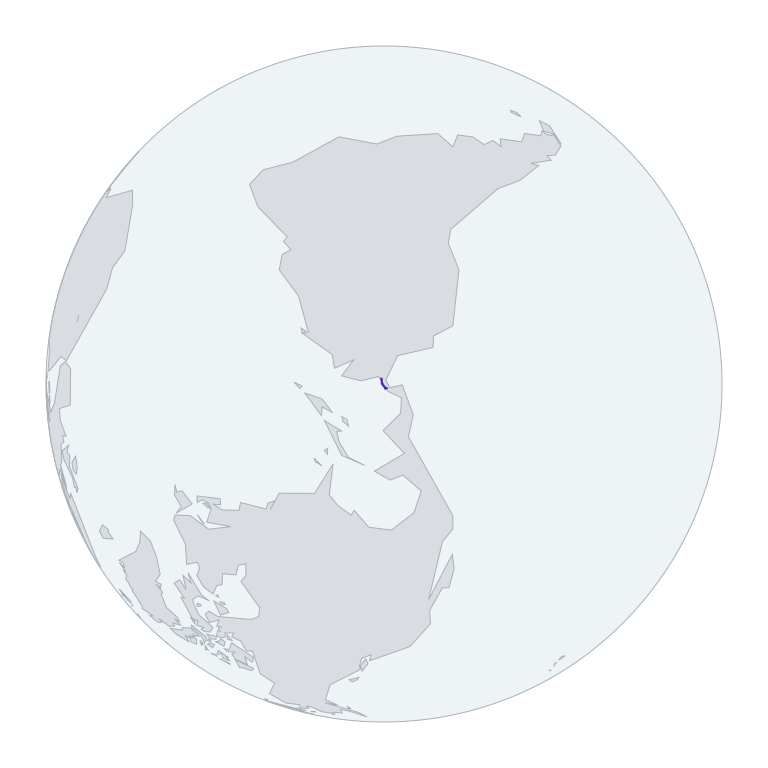 the Earth from above Kuna Yala, rotated 219°
{"feature_id": "PAN-1419", "entity_name": "Kuna Yala", "entity_type": "Indigenous Territory", "adm_level": 1, "iso_a3": "PAN", "parent_name": "Panama", "parent_adm1": "", "projection": "orthographic", "projection_center": [-78.371, 9.056], "detail": "medium", "context": "on_globe", "style": "filled", "palette": "violet", "viewbox_px": 768, "rotation_deg": 219, "n_neighbors": 0, "source": "natural_earth", "source_scale": "10m", "svg_char_len": 9160}
<svg xmlns="http://www.w3.org/2000/svg" viewBox="0 0 768 768"><g transform="rotate(219 384 384)"><circle cx="384" cy="384" r="338" fill="#eef3f6" stroke="#a8b0b8"/><path d="M385.1,388.3L377.1,384.7L369.3,394.8L341.8,378.4L331.9,358.4L247.7,325.0L239.2,314.7L239.4,298.3L213.6,244.5L223.7,294.5L213.2,284.5L205.3,266.5L210.4,262.3L206.0,236.7L197.0,226.9L198.6,196.3L221.1,159.8L223.6,165.5L228.7,157.0L225.9,149.8L222.8,147.3L236.6,116.4L230.8,101.8L218.0,105.3L229.4,99.1L197.8,112.5L187.7,114.6L205.9,107.6L212.9,103.6L209.4,102.0L215.9,97.7L217.9,94.9L225.9,90.3L235.9,87.8L241.3,85.1L238.5,84.3L244.8,80.0L248.1,81.4L259.4,74.4L278.3,71.3L280.7,82.8L297.8,80.9L318.0,93.6L322.9,90.0L333.6,94.0L343.2,91.7L344.2,95.7L351.0,90.6L348.2,87.5L350.3,84.4L355.7,83.1L358.0,87.6L355.6,88.9L359.0,89.6L357.8,92.6L361.5,90.4L363.6,96.7L369.5,88.8L377.9,92.5L377.1,97.2L366.7,98.8L339.1,117.3L335.0,124.4L339.8,131.9L370.9,140.5L370.8,148.3L378.3,157.2L383.2,151.4L379.0,142.5L390.0,134.9L383.6,126.1L387.1,122.1L384.7,113.2L396.4,112.7L409.0,117.4L411.5,125.2L417.1,127.9L423.9,119.6L437.4,134.5L461.7,145.9L464.0,150.6L452.0,159.7L428.8,160.8L413.2,176.8L434.8,165.1L440.1,178.7L445.8,180.8L452.2,179.9L454.6,174.4L458.9,179.3L439.1,191.7L435.0,187.3L441.3,183.1L430.4,184.3L417.2,194.5L420.9,201.6L396.9,212.7L399.3,218.3L395.4,224.5L393.2,214.5L396.7,233.2L369.1,255.3L373.3,290.0L356.8,263.4L343.3,260.6L327.1,261.4L327.5,267.0L305.7,263.1L286.3,275.2L279.7,302.9L287.7,324.3L311.9,325.1L318.9,313.0L336.6,310.4L324.4,342.9L355.4,347.2L352.6,371.7L361.7,384.2L377.0,380.7L392.9,386.4L404.0,371.9L422.0,363.7L422.8,383.5L432.4,365.1L442.7,374.3L478.2,372.1L475.6,376.7L505.7,398.6L537.3,406.8L544.6,420.7L540.9,429.8L551.7,431.5L551.8,437.4L593.6,442.4L614.0,454.4L612.7,474.4L594.3,499.3L574.5,547.8L540.6,565.9L529.9,584.7L499.9,612.4L479.7,611.7L483.4,623.9L470.4,631.9L456.7,633.1L452.7,641.7L442.4,642.2L448.1,647.6L429.5,658.8L432.4,667.2L418.3,675.6L420.6,680.2L416.0,680.1L410.7,682.0L409.6,684.5L396.4,680.4L394.8,669.7L401.1,664.0L395.0,663.1L408.6,648.0L401.3,651.2L406.5,627.8L418.4,607.5L429.4,546.3L422.8,534.0L397.5,519.8L367.1,472.5L375.8,452.6L368.9,443.3L391.3,414.6L385.1,388.3ZM72.1,286.9L74.5,279.2L74.4,284.3L72.1,286.9ZM75.2,274.5L74.5,277.1L74.9,274.8L75.2,274.5ZM74.9,272.8L75.1,274.0L74.6,273.4L74.9,272.8ZM74.2,271.5L74.7,271.9L74.5,272.1L74.2,271.5ZM371.8,301.9L407.2,318.1L387.4,320.7L391.1,317.4L382.1,310.6L365.4,304.6L347.9,308.6L371.8,301.9ZM74.2,267.3L74.3,266.0L75.0,265.5L74.2,267.3ZM386.9,282.2L380.8,281.1L386.7,280.8L386.9,282.2ZM220.3,147.1L225.1,150.3L225.3,158.9L220.5,156.6L220.3,147.1ZM221.0,132.6L225.0,132.2L218.9,140.1L218.5,137.8L221.0,132.6ZM207.4,109.5L210.1,110.2L205.3,111.1L207.4,109.5ZM216.7,95.4L213.9,96.7L216.2,94.8L216.7,95.4ZM378.5,114.2L381.5,113.8L380.4,115.6L378.5,114.2ZM374.6,111.1L371.1,113.7L368.7,112.6L370.9,111.0L374.6,111.1ZM230.5,86.2L235.0,83.2L232.2,85.7L230.5,86.2ZM379.5,108.3L364.9,110.4L360.8,108.7L365.8,101.4L379.5,108.3ZM238.7,81.2L249.4,75.0L244.0,77.1L265.2,68.7L249.1,76.1L246.5,78.6L243.9,78.9L238.7,81.2ZM345.0,87.1L348.2,90.3L340.6,89.0L345.0,87.1ZM339.6,87.1L313.2,89.4L311.2,84.7L320.4,84.5L313.8,80.1L325.9,76.6L332.2,78.2L331.1,81.8L336.5,77.9L339.6,87.1ZM275.2,65.6L279.2,64.1L276.9,65.2L275.2,65.6ZM350.5,83.1L345.4,83.7L343.3,79.5L353.2,77.7L350.7,79.5L350.5,83.1ZM306.2,81.0L306.4,78.0L316.2,74.2L317.6,72.7L326.0,76.1L306.2,81.0ZM353.9,79.8L358.3,77.0L364.2,77.9L355.4,82.4L353.9,79.8ZM338.5,79.3L338.0,77.4L341.5,77.8L338.5,79.3ZM387.7,80.9L381.6,80.9L379.9,78.6L387.7,80.9ZM359.6,75.9L357.5,75.6L356.2,74.9L360.2,73.4L359.6,75.9ZM332.3,73.5L336.3,72.8L329.4,71.8L336.4,69.5L340.7,72.4L341.8,70.2L344.0,69.5L345.1,72.8L332.3,73.5ZM360.3,69.9L368.2,73.7L380.0,73.7L381.8,75.6L362.5,75.4L360.3,69.9ZM351.3,71.2L357.3,70.7L356.5,72.9L351.8,74.7L351.3,71.2ZM339.7,67.0L327.7,69.8L327.2,69.1L339.7,67.0ZM363.9,69.3L361.9,68.4L364.8,69.0L363.9,69.3ZM347.3,67.0L343.2,68.0L342.6,67.2L347.3,67.0ZM361.4,66.2L364.0,67.3L360.9,68.4L361.4,66.2ZM355.1,66.2L355.4,64.9L358.3,68.1L353.3,66.7L355.1,66.2ZM347.5,66.1L345.9,65.9L349.3,65.9L347.5,66.1ZM371.5,62.0L375.9,65.8L369.1,67.9L365.8,63.8L371.5,62.0ZM417.9,688.9L397.2,682.0L409.1,685.2L418.7,681.0L429.0,686.3L417.9,688.9ZM445.6,677.8L456.0,675.1L458.0,676.3L451.3,678.5L445.6,677.8ZM639.1,162.3L633.8,156.5L619.8,144.0L626.7,151.2L640.4,163.9L640.1,163.8L649.5,175.3L642.1,166.6L625.3,152.5L628.1,161.9L647.2,194.8L645.6,200.7L637.2,198.7L614.6,170.2L620.7,160.7L612.8,152.1L598.2,143.2L601.3,141.6L596.1,137.3L597.2,134.0L585.5,121.0L584.5,117.6L567.2,105.3L564.4,102.4L575.4,110.1L582.6,114.4L578.7,108.2L574.2,104.9L563.3,97.9L563.6,97.8L553.5,91.9L547.3,88.2L567.7,100.4L587.1,113.9L605.5,128.8L622.9,145.0L639.1,162.3ZM545.4,87.1L546.9,88.5L534.1,82.0L522.1,76.0L518.3,74.5L537.8,84.7L545.3,88.7L551.2,91.5L571.9,104.8L576.0,108.7L555.6,97.2L559.2,102.1L541.7,92.3L499.6,68.4L488.5,63.2L493.5,64.3L508.6,69.9L508.8,70.0L545.4,87.1ZM273.5,64.6L270.2,65.8L270.9,65.7L276.7,63.7L265.2,68.7L244.0,77.1L243.5,76.9L230.6,83.2L231.2,82.6L273.5,64.6ZM720.8,411.7L721.4,393.1L721.3,367.8L720.2,359.1L719.3,364.5L717.2,354.3L715.8,355.8L701.4,376.4L692.1,365.1L669.1,324.3L668.2,303.8L659.3,283.2L645.4,202.0L652.3,202.2L652.4,183.1L654.2,184.0L664.8,199.4L671.9,207.1L683.7,227.8L693.9,249.2L702.6,271.4L709.7,294.0L715.2,317.1L719.1,340.6L721.3,364.2L721.9,388.0L720.8,411.7ZM661.6,239.2L664.7,245.4L661.6,239.2ZM479.3,371.7L483.7,375.4L478.1,375.8L479.3,371.7ZM384.9,328.8L392.3,329.1L396.2,332.1L390.5,333.2L384.9,328.8ZM446.6,327.5L455.0,328.9L446.4,330.8L446.6,327.5ZM412.7,320.1L439.9,327.1L423.1,333.4L405.9,329.3L417.7,327.3L412.7,320.1ZM383.8,293.6L388.5,294.9L387.2,298.5L383.8,293.6ZM391.2,282.2L389.4,282.5L387.1,279.7L391.2,282.2ZM441.3,177.9L443.0,177.1L449.6,177.3L446.8,179.7L441.3,177.9ZM477.1,166.0L483.1,174.3L476.9,169.6L474.1,173.9L457.6,170.1L464.3,152.9L464.2,161.0L477.1,166.0ZM437.3,161.7L447.1,165.1L436.1,162.1L437.3,161.7ZM566.4,120.2L571.1,121.3L577.1,126.6L578.2,133.8L569.6,125.8L566.4,120.2ZM576.3,121.9L555.7,110.0L554.2,106.1L558.5,110.1L559.6,108.7L566.9,115.0L585.5,124.0L592.0,129.5L590.6,138.0L587.5,131.7L583.1,130.6L576.3,121.9ZM505.9,95.7L497.0,93.0L505.2,87.4L512.6,90.8L514.2,97.3L506.4,97.4L505.9,95.7ZM391.1,96.2L387.2,97.3L386.6,95.8L389.4,93.6L391.1,96.2ZM385.0,81.1L407.7,90.6L404.4,92.1L421.8,97.2L419.6,103.3L408.5,99.6L419.8,108.8L408.9,107.9L417.6,114.0L392.9,105.1L383.5,105.5L394.8,102.5L397.0,96.6L395.1,94.2L382.8,88.1L363.7,87.2L362.9,82.1L367.3,78.8L371.8,78.2L370.9,81.5L377.5,78.5L379.7,82.9L385.0,81.1ZM420.1,56.6L417.3,58.4L430.8,57.4L433.1,59.9L434.5,59.7L440.3,62.1L449.8,64.9L449.3,66.1L453.3,66.7L457.2,68.7L462.4,70.2L463.3,73.2L469.8,75.4L466.5,75.6L477.4,78.8L469.7,77.9L474.1,81.0L479.2,80.3L471.5,97.7L474.2,107.4L480.6,116.4L466.5,114.9L451.5,106.1L438.1,95.2L437.5,86.7L431.3,88.2L429.2,84.8L435.0,85.1L424.8,82.7L424.6,80.2L412.6,73.4L397.9,72.7L393.2,70.7L398.9,69.7L390.2,68.5L397.6,65.5L394.4,64.2L398.5,60.5L411.3,60.2L406.7,58.9L409.6,56.6L420.1,56.6ZM373.1,60.9L387.8,58.9L396.3,59.6L385.6,65.9L387.5,67.5L380.9,72.7L368.8,71.8L371.8,70.3L371.8,68.7L375.6,69.6L372.7,67.7L376.7,65.8L375.5,64.0L380.6,63.7L373.1,60.9ZM649.8,177.3L650.0,176.8L648.8,174.7L654.7,182.4L649.8,177.3ZM638.8,167.7L638.0,165.8L645.8,174.6L645.6,175.5L638.8,167.7ZM630.9,157.9L637.3,165.1L633.7,161.7L630.9,157.9ZM574.0,108.4L572.4,106.6L574.8,108.1L578.8,111.1L574.0,108.4ZM460.8,57.9L457.8,57.9L455.7,57.3L444.7,55.9L442.1,54.5L447.8,54.7L460.8,57.9ZM456.1,56.1L451.9,55.6L453.3,55.2L456.1,56.1ZM439.7,53.4L440.2,52.8L440.5,54.1L439.7,53.4ZM391.4,46.2L389.1,46.1L388.3,46.1L391.4,46.2ZM425.9,49.2L431.5,49.9L430.2,50.0L425.9,49.2ZM277.3,64.4L279.1,64.1L275.3,65.3L277.3,64.4Z" fill="#d9dde1" stroke="#a8b0b8" stroke-width="1"/><path d="M389.8,386.3L389.7,386.4L389.6,386.5L389.4,386.9L389.3,387.0L389.1,386.9L388.8,386.7L388.6,386.4L388.3,386.1L388.0,385.8L387.9,385.5L387.8,385.4L387.5,385.2L387.1,384.9L387.0,384.7L386.7,384.3L386.1,383.9L385.9,383.9L385.7,383.7L385.2,383.5L385.3,383.3L385.2,383.1L384.7,383.2L384.5,382.9L384.4,382.8L384.2,382.9L383.8,382.9L383.7,382.8L383.7,382.7L383.5,382.4L383.3,382.5L383.3,382.3L383.2,382.3L382.6,382.5L382.5,382.4L382.0,382.1L382.0,382.3L381.9,382.3L381.7,382.1L381.1,382.2L380.9,382.3L380.7,382.3L380.4,382.5L379.9,382.7L379.5,382.5L378.8,382.7L378.7,382.6L378.8,382.4L379.5,382.1L379.6,381.9L379.9,381.6L379.9,381.0L380.3,381.0L380.5,380.9L380.6,381.0L380.4,381.1L380.0,381.2L380.0,381.3L380.0,381.6L380.3,381.7L380.6,381.6L380.8,381.7L380.9,381.8L381.1,381.8L381.4,381.8L381.6,381.8L381.6,381.7L381.8,381.7L382.1,381.8L382.5,381.8L382.9,381.7L383.2,381.9L383.4,381.9L383.5,381.9L383.7,382.1L384.0,382.2L384.4,382.4L384.7,382.5L385.0,382.6L385.3,382.7L385.5,382.8L385.9,382.9L386.2,383.2L386.3,383.3L386.8,383.9L387.0,384.0L386.9,383.6L387.0,383.7L387.1,383.9L387.3,384.0L387.5,384.3L387.6,384.5L387.7,384.8L387.8,385.0L388.3,385.4L388.4,385.5L388.3,385.3L388.3,385.2L388.6,385.5L388.8,385.6L388.9,385.8L388.8,386.0L389.2,386.3L389.6,386.3L389.7,386.2L389.8,386.3Z" fill="#8b5cf6" stroke="#5b21b6" stroke-width="1.5"/></g></svg>